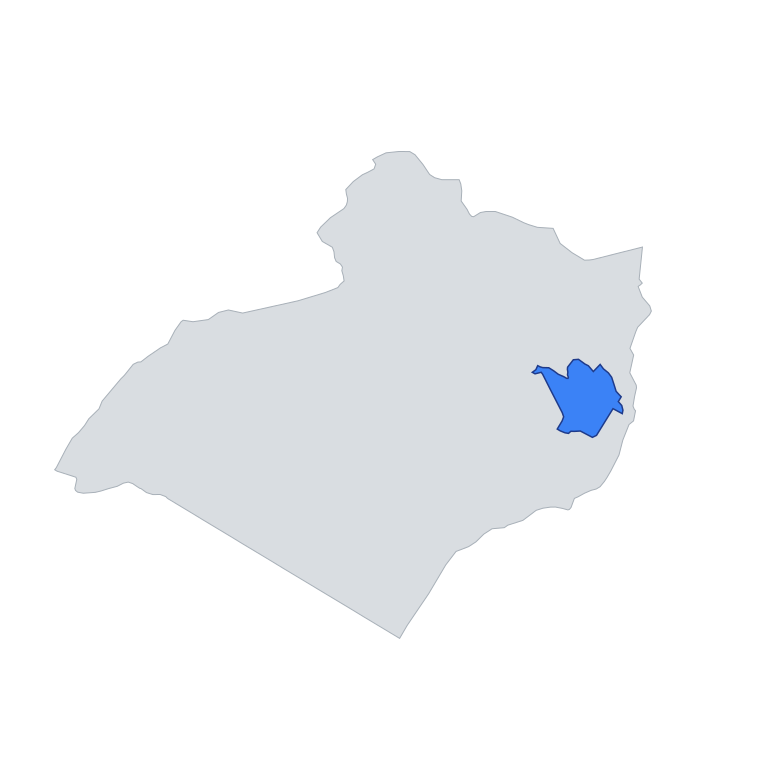 Napak highlighted on a map of Uganda, rotated 31°
{"feature_id": "UGA-5615", "entity_name": "Napak", "entity_type": "District", "adm_level": 1, "iso_a3": "UGA", "parent_name": "Uganda", "parent_adm1": "", "projection": "albers", "projection_center": [34.172, 2.394], "detail": "fine", "context": "in_parent", "style": "filled", "palette": "blue", "viewbox_px": 768, "rotation_deg": 31, "n_neighbors": 0, "source": "natural_earth", "source_scale": "10m", "svg_char_len": 2992}
<svg xmlns="http://www.w3.org/2000/svg" viewBox="0 0 768 768"><g transform="rotate(31 384 384)"><path d="M528.4,594.0L518.8,594.0L503.1,594.0L487.4,594.0L471.6,593.9L455.9,593.9L440.2,593.9L424.5,593.9L408.8,593.9L393.1,593.9L377.4,593.8L361.7,593.8L345.9,593.8L330.2,593.7L314.5,593.7L298.8,593.7L283.1,593.6L267.4,593.6L258.1,593.6L256.2,593.3L255.0,592.9L249.0,594.0L242.9,597.8L236.3,599.4L229.4,598.8L228.5,599.2L224.9,599.1L219.9,598.8L215.3,599.8L211.7,603.2L208.1,609.0L201.7,615.6L196.6,621.4L192.3,625.6L182.5,632.5L177.1,634.5L174.4,634.1L172.8,632.8L169.8,624.0L167.9,622.6L148.8,627.1L145.9,627.1L146.2,624.4L144.9,603.7L144.7,591.0L147.2,583.1L148.7,573.9L148.9,565.8L152.5,552.1L151.2,543.8L155.8,515.0L157.0,510.3L158.9,496.3L161.7,492.0L164.2,490.3L167.5,481.8L173.8,468.1L178.1,461.1L177.2,445.6L178.0,435.2L179.0,432.8L188.2,429.0L200.2,419.3L205.3,407.9L212.5,400.7L226.3,396.0L267.4,357.0L286.5,335.9L294.8,325.1L295.1,321.3L296.7,316.2L293.4,312.2L289.5,308.6L288.2,305.2L284.8,303.6L279.9,303.6L276.6,301.2L273.0,296.4L269.3,293.4L257.7,293.6L248.7,288.8L248.9,282.2L252.4,269.1L259.3,254.3L259.6,250.1L258.7,246.6L257.1,243.6L254.0,240.6L251.1,237.0L253.4,226.3L257.7,215.8L261.2,210.6L264.7,204.7L263.7,199.9L258.7,197.5L261.3,192.8L266.7,184.8L277.2,176.9L286.4,171.5L292.5,171.5L304.4,175.8L315.2,180.9L321.1,181.1L328.3,179.1L343.2,170.2L346.8,173.0L351.2,178.4L355.9,187.4L365.2,191.5L369.7,194.3L372.9,195.2L374.7,194.4L378.3,187.4L382.6,183.6L390.6,178.8L408.1,174.9L420.6,173.8L425.9,172.9L434.8,170.7L448.8,163.5L462.6,172.8L477.6,174.6L492.1,174.6L496.5,171.7L499.1,169.6L514.3,154.3L535.0,133.5L548.7,162.7L553.4,164.5L552.7,167.0L551.6,169.5L560.6,176.5L571.6,180.2L575.6,183.8L575.9,187.7L572.2,204.8L572.9,209.6L576.5,226.8L583.1,230.6L588.9,247.8L600.8,255.1L602.4,257.2L605.2,265.6L608.8,274.7L611.6,276.8L613.4,277.4L616.9,287.1L614.9,292.5L617.6,309.1L622.0,323.9L623.2,341.6L623.3,349.3L623.1,354.1L622.1,360.8L620.0,364.7L616.3,368.5L612.1,374.4L608.4,380.8L606.1,384.0L607.9,393.5L607.5,396.0L606.5,397.2L601.1,398.7L594.3,401.2L590.1,403.8L584.2,408.6L579.5,413.9L573.3,429.3L562.8,441.3L561.1,445.2L551.2,452.4L546.9,461.2L544.1,472.0L540.3,479.8L532.0,490.4L530.1,507.2L530.3,540.8L528.2,579.0L528.4,594.0Z" fill="#d9dde1" stroke="#a8b0b8" stroke-width="1"/><path d="M557.0,265.5L559.2,255.9L564.3,258.0L570.6,258.9L575.7,261.0L582.0,266.5L586.7,270.7L590.9,272.0L593.9,272.8L593.9,278.4L598.9,280.0L602.3,283.4L603.5,286.7L593.0,287.2L592.6,318.6L590.1,322.4L576.5,323.2L571.5,326.6L568.5,328.3L567.6,331.3L564.3,332.6L559.2,333.4L555.7,333.4L555.7,323.9L554.9,319.6L551.6,316.8L528.7,302.6L514.9,293.9L512.7,293.0L508.2,297.5L505.1,297.6L506.8,293.5L506.3,289.1L509.0,288.9L511.6,288.2L516.9,285.2L522.7,285.3L528.3,285.9L534.9,285.1L537.6,285.1L538.8,284.4L538.6,283.3L536.6,281.7L535.5,279.2L533.6,276.9L532.7,275.0L533.8,265.7L538.0,262.7L545.9,263.4L549.8,263.1L557.0,265.5Z" fill="#3b82f6" stroke="#1e3a8a" stroke-width="1.5"/></g></svg>